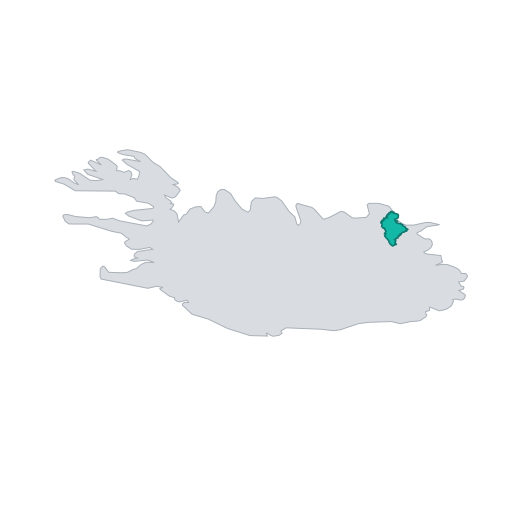 Svalbarðshreppur, Norðurland eystra, Iceland shown in context, rotated 13°
{"feature_id": "244011B84342259441214", "entity_name": "Svalbarðshreppur", "entity_type": "district", "adm_level": 2, "iso_a3": "ISL", "parent_name": "Iceland", "parent_adm1": "Norðurland eystra", "projection": "natural_earth1", "projection_center": [-15.752, 66.091], "detail": "fine", "context": "in_parent", "style": "filled", "palette": "teal", "viewbox_px": 512, "rotation_deg": 13, "n_neighbors": 0, "source": "geoboundaries", "source_scale": "gbopen_adm2", "svg_char_len": 8214}
<svg xmlns="http://www.w3.org/2000/svg" viewBox="0 0 512 512"><g transform="rotate(13 256 256)"><path d="M391.3,191.9L395.7,192.1L403.0,190.3L413.5,185.3L417.9,184.2L427.9,184.2L415.7,189.1L411.2,194.4L407.8,197.0L407.8,198.2L416.5,201.4L420.6,200.4L422.4,200.8L424.1,202.3L425.3,205.3L424.5,208.5L422.1,211.7L418.7,214.3L419.2,215.2L421.9,215.6L436.1,214.0L437.7,217.9L439.0,219.2L438.6,220.5L433.0,224.7L439.7,222.1L444.9,221.3L454.0,222.6L457.7,224.2L459.9,226.8L464.3,226.0L466.4,227.5L466.5,229.1L464.5,233.6L459.2,235.8L462.5,239.0L465.2,239.1L465.7,239.8L465.4,241.7L461.3,244.0L468.1,246.5L469.0,247.4L468.6,250.3L467.5,251.9L465.4,252.9L460.5,253.0L457.5,254.1L458.6,255.9L457.6,260.7L453.8,264.7L450.2,266.8L446.7,268.2L436.8,266.6L437.2,270.1L433.7,272.2L434.4,274.0L435.7,274.9L435.1,277.1L430.6,281.8L427.4,283.3L421.1,285.2L412.0,289.5L402.7,289.4L380.0,295.5L371.0,298.9L354.9,308.8L348.1,311.4L336.5,312.6L301.5,319.2L297.5,323.1L297.3,323.9L298.8,325.5L296.2,328.2L290.9,330.3L288.4,330.2L284.1,328.6L283.5,329.4L285.2,331.4L268.0,334.9L244.4,333.0L223.6,328.2L206.9,327.2L195.4,320.5L195.1,319.4L196.5,317.4L200.7,316.5L198.8,314.5L191.6,318.0L189.3,317.9L186.3,316.5L186.2,315.1L180.4,314.5L170.3,310.2L169.6,309.3L172.1,307.9L171.6,307.6L166.1,307.8L157.9,311.8L110.3,313.3L108.7,311.2L107.1,303.5L108.9,300.3L110.9,300.6L116.2,305.0L129.1,302.5L134.3,300.9L139.3,296.7L142.1,295.3L146.1,290.0L150.2,286.8L158.3,285.2L151.1,284.3L139.0,288.5L134.9,288.5L136.9,286.7L141.1,284.6L138.3,284.4L137.2,283.5L137.2,281.5L139.4,278.3L153.8,272.7L150.5,271.6L140.5,275.9L133.3,277.4L127.6,275.4L124.9,272.8L125.2,271.6L128.7,268.2L128.2,267.6L125.9,267.2L119.7,264.1L109.8,264.4L85.3,262.6L66.5,266.9L62.2,264.9L58.7,260.6L59.6,259.0L62.9,258.0L71.9,258.1L85.4,256.1L91.5,253.6L93.9,254.2L94.9,255.5L103.2,253.6L107.7,251.4L115.0,252.4L142.8,251.3L146.5,248.4L148.1,244.9L147.4,244.2L137.1,247.4L134.8,247.3L123.1,245.7L119.0,243.8L120.4,242.3L126.8,239.0L142.9,233.5L145.2,232.4L145.4,231.1L139.2,228.8L127.3,229.5L124.4,226.7L114.5,225.1L107.9,226.1L104.5,224.4L65.1,233.1L52.7,229.1L43.7,228.5L43.0,227.2L48.5,223.4L52.1,222.7L55.7,223.0L62.4,225.7L67.2,226.5L61.4,222.6L61.3,218.9L59.5,217.9L57.8,215.4L58.6,214.6L65.7,215.1L76.9,219.4L82.6,218.7L90.0,215.9L73.7,214.3L68.9,210.9L72.6,209.1L81.0,209.4L71.9,203.5L71.5,202.5L73.2,199.8L84.9,202.1L78.9,198.6L78.7,197.9L80.5,197.2L81.6,195.1L84.6,194.3L90.5,195.0L99.5,199.0L100.7,200.1L100.9,204.2L104.5,203.6L108.8,204.2L112.5,201.4L115.0,202.0L116.8,204.5L116.3,210.0L118.9,208.1L123.2,207.9L124.0,203.4L123.4,199.8L109.6,195.7L104.2,192.7L104.9,191.6L107.7,190.7L122.3,190.0L116.1,188.2L114.7,186.4L103.6,187.1L98.0,186.4L97.9,185.4L100.2,184.1L107.0,181.3L119.8,181.0L124.9,181.8L134.6,187.9L142.3,190.4L155.3,198.8L163.6,202.0L164.0,202.9L162.5,203.8L159.2,205.0L164.2,206.4L167.2,208.6L167.3,209.5L164.3,216.3L161.1,218.5L153.2,217.2L155.0,219.4L160.6,221.7L161.8,223.0L160.9,224.2L163.6,223.8L164.4,224.5L163.0,228.4L161.6,229.8L166.2,230.6L169.4,232.5L173.0,240.3L175.3,234.3L176.5,232.1L178.5,231.3L181.0,225.2L186.3,221.6L191.3,220.3L196.2,224.5L199.9,224.9L203.9,217.5L204.6,212.0L203.6,206.0L204.4,201.7L207.0,199.1L210.3,198.3L217.3,200.9L223.0,206.8L231.6,213.3L237.7,215.0L238.8,214.8L240.0,212.7L239.3,204.1L242.3,199.5L249.6,198.4L260.7,194.2L263.2,194.1L268.6,196.5L278.2,205.1L285.0,209.1L288.5,215.5L290.1,216.7L291.7,214.7L291.9,211.9L283.7,198.7L283.6,196.9L284.5,195.4L299.6,196.1L302.9,197.6L313.3,205.1L318.5,202.1L328.9,193.2L332.4,193.4L341.0,197.1L344.5,196.7L354.8,193.5L357.0,189.4L352.7,181.0L354.5,179.2L364.0,177.1L374.2,177.6L384.7,185.4L385.1,189.0L391.3,191.9Z" fill="#d9dde1" stroke="#a8b0b8" stroke-width="1"/><path d="M386.9,215.5L388.9,213.9L388.5,213.6L388.5,213.4L388.8,213.1L389.2,213.0L389.4,213.0L389.3,212.9L389.5,212.8L389.3,212.7L389.1,212.6L389.0,212.4L388.9,212.4L388.8,212.2L388.7,211.9L388.6,211.7L388.4,211.6L388.5,211.6L388.4,211.5L388.4,211.4L388.6,211.4L388.5,211.1L388.7,210.9L388.6,210.6L388.7,210.3L388.7,210.2L388.6,209.8L388.3,209.6L388.5,209.4L388.4,209.3L388.5,209.2L388.4,209.1L388.5,209.0L388.5,208.9L388.4,208.7L388.0,208.5L387.9,208.4L387.6,208.4L387.8,208.2L388.5,207.6L388.7,207.3L388.9,207.3L389.0,207.1L389.4,206.9L389.6,206.6L389.6,206.3L389.6,206.2L389.8,206.2L389.7,206.1L389.8,206.0L389.9,205.8L390.2,205.6L390.2,205.4L390.3,205.3L390.3,205.2L390.7,204.9L390.8,204.6L390.9,204.4L390.4,204.2L390.6,204.0L390.5,203.9L390.7,203.7L390.8,203.7L391.1,203.3L391.1,203.2L391.3,203.2L391.2,203.1L391.5,202.8L392.0,202.5L391.9,202.4L392.2,202.3L392.3,202.2L392.2,202.1L392.1,201.9L392.6,201.5L392.7,201.2L392.8,201.1L392.9,200.9L393.1,200.6L393.2,200.3L393.4,200.2L393.5,199.9L393.7,199.7L393.9,199.7L394.0,199.6L394.5,199.6L394.9,199.5L395.4,199.0L395.4,198.8L395.9,198.2L396.1,198.2L396.4,198.0L396.7,198.0L397.1,197.9L397.2,197.7L397.1,197.4L397.3,197.3L397.3,197.2L397.1,197.1L396.5,197.2L396.3,197.0L396.7,196.8L397.1,196.8L397.1,196.7L397.0,196.4L397.7,196.1L397.9,195.9L396.8,195.4L395.7,195.2L395.3,194.8L395.3,194.7L395.0,194.3L395.0,194.2L394.9,194.1L394.7,194.1L394.2,193.8L394.0,194.0L393.2,193.9L392.9,193.7L392.7,193.5L392.4,193.5L392.1,193.4L392.1,193.1L392.0,192.9L391.8,192.8L391.8,192.7L391.7,192.7L391.7,192.4L391.3,192.6L391.1,192.7L390.5,192.5L390.4,192.5L390.1,192.4L389.9,192.3L389.9,192.2L390.0,192.1L389.8,192.0L389.8,191.9L389.7,191.7L389.3,191.8L389.2,191.9L388.8,192.0L388.4,192.3L388.1,192.3L387.4,192.2L387.1,192.0L386.9,192.0L386.7,192.1L386.4,192.2L385.9,192.0L385.7,192.1L385.0,191.9L384.9,191.8L384.9,191.7L385.1,191.3L385.1,191.2L385.3,190.9L385.5,190.8L385.4,190.8L385.5,190.7L385.4,190.7L385.5,190.5L385.6,190.4L385.8,190.2L385.6,190.0L385.4,190.0L384.9,190.1L384.7,190.2L384.2,190.4L383.9,190.3L383.7,190.1L383.1,189.8L383.0,189.6L382.8,189.3L382.9,189.1L383.2,188.9L383.4,188.7L383.8,188.4L384.2,188.3L384.9,187.8L385.2,187.4L385.6,187.1L385.8,186.9L386.0,186.1L385.7,185.3L385.5,185.1L385.5,184.8L385.7,184.6L385.5,184.2L385.4,183.9L385.1,183.5L384.8,183.4L384.5,183.5L384.1,183.4L384.1,183.5L383.8,183.4L383.4,183.4L383.2,183.3L382.9,183.4L382.4,183.3L382.1,183.3L382.0,183.2L381.7,183.2L381.1,183.0L380.4,183.3L380.2,183.3L379.8,183.2L379.5,182.9L380.1,182.6L380.4,182.5L380.4,182.4L379.7,182.3L379.9,182.2L379.4,182.3L379.2,182.5L378.9,182.5L378.5,182.5L378.3,182.6L378.1,182.5L378.1,182.4L378.1,182.1L377.9,182.1L377.5,182.2L377.4,182.3L377.5,182.5L377.3,182.5L377.2,183.0L377.3,183.1L377.2,183.3L376.9,183.3L376.5,183.5L376.4,183.6L376.5,183.7L376.6,183.8L376.2,183.8L376.1,184.0L375.9,184.3L375.7,184.5L375.7,184.8L375.4,185.1L375.9,185.3L375.9,185.5L376.0,185.6L375.9,185.7L375.8,185.8L375.7,185.9L375.6,186.0L375.2,186.1L375.1,186.3L374.7,186.4L374.6,186.5L374.4,186.7L374.7,186.9L374.7,187.1L374.6,187.3L374.4,187.5L374.5,187.6L374.4,187.8L374.6,187.9L374.5,188.0L374.3,188.1L374.5,188.2L375.1,188.7L375.3,188.7L375.3,188.9L375.1,189.0L374.9,189.0L375.0,189.1L374.7,189.1L374.4,189.2L374.4,189.3L374.3,189.5L374.1,189.5L373.8,189.8L373.4,189.9L373.4,190.0L373.1,190.2L372.6,190.2L372.4,190.3L372.3,190.5L372.0,190.5L372.1,190.8L372.5,190.9L372.5,191.1L372.8,191.2L372.5,191.4L372.6,191.5L372.5,191.8L372.5,192.0L372.4,192.0L372.5,192.1L372.4,192.3L372.2,192.3L372.3,192.4L372.3,192.6L372.2,192.7L371.6,192.8L371.5,193.0L371.2,193.1L371.3,193.2L371.2,193.4L371.2,193.5L371.3,193.7L371.1,193.8L371.2,194.0L370.8,194.0L370.7,193.9L370.7,194.0L370.5,194.4L370.4,194.4L370.5,194.4L370.4,194.4L370.5,194.6L370.7,194.8L370.3,194.9L370.2,195.0L370.3,195.1L370.3,195.3L370.2,195.6L371.8,196.7L371.7,198.7L372.0,198.9L372.0,199.0L372.2,199.3L372.3,199.4L372.5,199.5L373.0,199.9L372.9,199.9L373.1,200.0L373.3,200.1L373.7,199.9L374.0,200.0L374.1,200.3L374.7,200.3L374.9,200.2L375.3,200.1L375.2,200.9L377.1,202.6L376.2,205.2L376.4,205.2L376.6,205.0L377.0,205.1L377.2,205.3L377.3,205.3L377.3,205.2L377.6,205.3L377.5,205.5L377.2,205.6L377.3,205.8L377.2,206.0L377.1,206.3L376.9,206.6L377.0,206.7L377.0,206.8L376.9,206.9L377.1,207.0L377.2,207.6L377.1,207.8L377.8,208.3L379.0,209.3L380.0,209.8L380.2,210.0L380.4,210.3L381.8,211.1L382.1,211.7L382.7,212.9L384.2,214.3L385.1,214.8L386.9,215.5Z" fill="#14b8a6" stroke="#0f766e" stroke-width="1.5"/></g></svg>